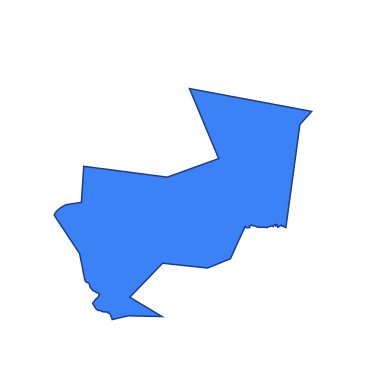 the district of Canavieira, Piauí, Brazil, rotated 237°
{"feature_id": "56859067B30232398883720", "entity_name": "Canavieira", "entity_type": "district", "adm_level": 2, "iso_a3": "BRA", "parent_name": "Brazil", "parent_adm1": "Piauí", "projection": "natural_earth1", "projection_center": [-43.636, -7.584], "detail": "fine", "context": "isolated", "style": "filled", "palette": "blue", "viewbox_px": 384, "rotation_deg": 237, "n_neighbors": 0, "source": "geoboundaries", "source_scale": "gbopen_adm2", "svg_char_len": 1306}
<svg xmlns="http://www.w3.org/2000/svg" viewBox="0 0 384 384"><g transform="rotate(237 192 192)"><path d="M111.1,251.4L189.9,319.3L192.7,330.0L193.5,332.8L194.4,336.2L280.1,246.2L256.9,242.0L205.5,232.6L215.5,189.6L218.0,179.2L237.5,156.3L272.5,115.2L244.9,94.6L243.5,93.6L249.8,80.0L250.3,76.3L250.3,72.3L249.6,67.7L248.8,65.8L247.5,63.8L225.3,64.0L201.5,64.2L195.4,61.7L194.3,61.3L193.1,60.9L177.2,54.4L175.8,54.1L173.8,54.2L172.0,55.8L169.7,55.5L168.3,54.9L167.0,54.7L166.0,55.0L164.8,54.9L163.1,55.3L161.3,56.6L159.6,57.1L158.5,58.1L156.7,58.8L155.0,56.0L154.4,52.3L153.5,50.3L152.8,48.1L151.2,48.0L149.3,47.9L147.8,47.8L146.5,47.9L143.8,48.6L142.8,50.3L140.9,51.4L140.1,52.1L139.2,53.1L138.1,54.6L137.4,55.9L136.0,55.9L134.8,56.9L133.8,56.9L132.3,56.4L129.8,56.1L128.5,55.6L122.9,71.2L119.7,75.8L103.9,99.0L137.6,82.5L138.1,84.7L148.3,128.5L119.8,163.6L115.1,187.8L134.0,217.5L132.9,218.0L131.6,219.3L130.8,221.1L132.1,221.5L132.0,223.9L130.4,224.7L129.3,226.5L127.7,227.1L126.0,228.7L125.3,230.0L124.5,231.2L123.5,232.6L122.3,234.5L121.1,235.7L121.4,237.0L120.5,238.8L120.4,240.7L118.7,241.3L119.5,242.9L119.2,244.4L118.1,243.8L118.0,245.3L116.9,244.7L115.6,244.7L115.6,246.8L115.5,249.0L113.9,249.1L113.4,250.4L112.2,250.4L111.1,251.4Z" fill="#3b82f6" stroke="#1e3a8a" stroke-width="1.5"/></g></svg>